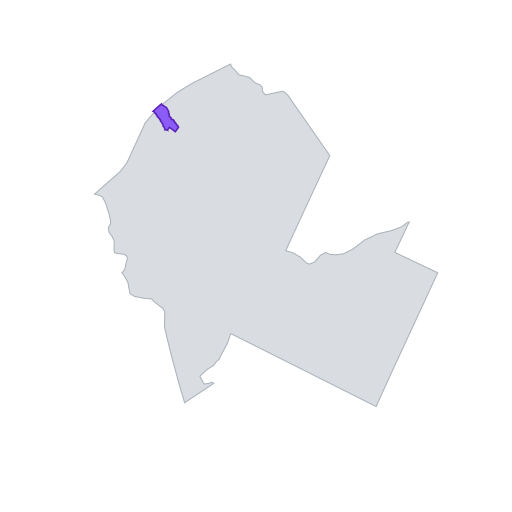 location of Nueva Concepción, Escuintla, Guatemala, rotated 115°
{"feature_id": "79465075B35747325654374", "entity_name": "Nueva Concepción", "entity_type": "district", "adm_level": 2, "iso_a3": "GTM", "parent_name": "Guatemala", "parent_adm1": "Escuintla", "projection": "albers", "projection_center": [-91.282, 14.129], "detail": "fine", "context": "in_parent", "style": "filled", "palette": "violet", "viewbox_px": 512, "rotation_deg": 115, "n_neighbors": 0, "source": "geoboundaries", "source_scale": "gbopen_adm2", "svg_char_len": 5051}
<svg xmlns="http://www.w3.org/2000/svg" viewBox="0 0 512 512"><g transform="rotate(115 256 256)"><path d="M92.8,360.2L94.9,358.0L96.7,353.1L99.0,347.9L97.7,342.0L96.9,337.2L99.4,330.2L99.2,324.9L100.4,321.7L104.1,319.6L106.1,315.6L95.5,301.7L95.6,298.6L97.0,294.7L105.6,280.0L115.8,262.5L127.1,243.1L133.8,231.5L158.4,231.5L174.7,231.5L195.3,231.5L217.8,231.4L232.5,231.4L238.6,231.2L237.5,223.6L238.3,215.3L240.9,207.7L240.9,204.3L236.5,200.2L228.0,197.9L223.3,194.3L223.3,189.7L221.2,184.1L217.0,177.6L208.5,171.0L195.5,164.2L184.5,155.1L175.4,143.6L167.7,136.2L161.8,133.1L160.4,131.5L177.7,131.6L194.1,131.7L194.2,115.3L194.3,100.7L194.4,84.2L224.0,84.1L259.3,84.0L296.0,83.9L324.8,83.7L341.7,83.5L341.1,104.0L340.4,127.7L339.9,145.2L339.2,168.4L338.5,192.2L337.6,224.7L337.0,245.7L337.4,246.1L347.1,245.0L361.4,245.8L364.9,245.7L369.3,247.5L372.7,248.0L380.1,252.7L388.7,256.1L394.0,248.9L391.1,244.6L388.9,242.4L389.2,240.4L419.2,258.7L415.7,261.7L408.2,268.4L394.6,280.0L382.4,290.3L370.7,299.7L360.1,308.1L358.8,309.0L345.3,315.0L343.1,317.8L340.3,329.6L339.0,332.5L341.5,339.0L344.0,349.1L343.3,354.4L334.0,361.0L329.7,366.9L327.8,370.6L326.1,369.7L323.2,369.4L316.5,370.9L313.3,371.3L310.6,373.0L310.3,376.6L312.2,382.5L312.8,385.5L311.0,387.0L302.7,390.6L299.5,394.1L296.4,399.5L292.7,401.8L289.0,401.4L286.3,402.2L280.6,406.4L272.0,414.3L267.3,420.2L267.3,424.5L268.2,428.5L236.6,414.7L226.1,412.4L181.9,412.7L162.9,407.3L141.3,396.7L126.8,387.1L92.8,360.2Z" fill="#d9dde1" stroke="#a8b0b8" stroke-width="1"/><path d="M179.6,392.2L179.8,392.0L179.7,392.0L179.7,391.9L179.7,391.7L179.8,391.7L179.7,391.5L179.6,391.4L179.5,391.1L179.6,390.8L179.6,390.7L179.5,390.4L179.5,390.2L179.6,389.9L179.5,389.7L179.4,389.6L179.4,389.4L179.3,389.5L179.2,389.5L179.2,389.4L178.4,389.3L177.7,389.2L177.4,389.1L176.1,388.9L176.0,388.7L176.1,388.4L176.2,387.6L176.6,385.7L176.8,384.9L176.9,384.4L177.0,383.9L177.3,382.6L177.3,382.2L177.5,381.9L177.5,381.6L174.6,381.1L173.8,381.0L173.8,380.9L172.0,380.6L171.9,380.9L171.7,381.1L171.6,381.3L171.4,381.4L171.3,381.5L171.2,381.7L171.2,381.9L171.2,382.1L170.9,382.2L170.8,382.4L170.6,383.1L170.8,383.3L170.7,383.5L170.2,383.8L170.1,384.2L169.8,384.4L169.5,384.9L169.4,385.0L169.4,385.3L169.5,385.6L169.6,385.9L169.4,386.0L169.2,386.1L168.8,386.2L168.7,386.3L168.7,386.5L168.8,386.6L168.5,386.9L168.5,387.0L168.6,387.4L168.5,387.5L168.1,387.6L167.9,387.6L167.8,387.9L167.6,388.0L167.6,388.3L167.5,388.6L167.5,388.9L167.7,389.0L167.8,389.3L168.0,389.6L168.0,389.8L167.7,390.2L167.7,390.3L167.8,390.5L167.7,390.6L167.6,390.9L167.3,391.0L167.2,390.9L167.1,391.0L166.9,391.0L166.8,391.3L166.7,391.3L166.5,391.6L166.4,391.9L166.4,392.0L166.3,392.3L166.3,392.6L166.2,392.8L166.1,393.2L166.1,393.3L166.1,393.5L166.1,393.8L165.7,394.0L165.1,394.1L164.7,394.1L164.4,394.4L164.2,394.6L163.8,394.8L163.7,394.9L163.8,395.1L163.7,395.1L163.5,395.4L163.3,395.6L163.2,395.8L162.9,396.0L162.5,396.0L162.2,396.2L161.9,396.2L161.4,396.9L161.1,397.3L160.8,397.7L160.6,398.0L160.4,398.3L160.3,398.5L159.9,399.0L159.5,399.5L159.3,399.9L159.2,400.0L159.2,402.1L159.1,402.3L159.0,402.5L159.0,402.9L158.9,403.1L158.9,403.3L158.7,403.4L158.7,403.9L158.8,404.6L159.0,404.9L159.0,405.1L158.9,405.2L158.7,405.4L158.2,405.8L158.1,406.0L158.4,406.1L158.5,406.2L158.8,406.3L159.0,406.4L159.4,406.6L159.6,406.7L159.7,406.8L159.8,406.8L160.0,406.9L160.3,407.0L161.3,407.4L161.9,407.7L162.6,408.1L163.5,408.4L163.7,408.5L163.9,408.7L164.1,408.7L164.3,408.8L164.5,408.9L164.9,409.0L165.1,409.1L165.5,409.3L166.5,409.7L166.9,409.9L167.1,409.9L167.2,410.0L167.3,410.0L167.6,410.2L167.9,410.3L168.2,410.4L168.4,410.5L168.4,410.4L168.3,410.2L168.2,410.1L168.1,409.9L168.1,409.7L168.2,409.3L168.3,409.1L168.6,408.9L168.6,408.7L168.8,408.4L169.0,408.4L169.1,408.5L169.2,408.4L169.1,408.1L169.1,407.9L169.2,407.7L169.2,407.3L169.2,407.2L169.4,407.0L169.5,406.8L169.5,406.6L169.8,406.6L170.0,406.5L170.0,406.4L169.9,406.3L169.9,406.2L170.0,406.1L170.2,405.9L170.1,405.7L170.3,405.5L170.5,405.6L170.6,405.4L170.6,405.2L170.7,404.9L170.8,404.6L171.0,404.4L171.3,404.2L171.5,404.2L171.5,403.9L171.4,403.8L171.3,403.7L171.4,403.4L171.5,403.3L171.6,403.2L171.8,403.2L171.9,402.9L171.9,402.7L171.9,402.4L171.9,402.2L172.0,402.2L172.2,401.9L172.3,401.8L172.4,401.7L172.3,401.4L172.5,401.3L172.6,401.2L172.8,401.2L172.9,400.9L172.9,400.7L172.7,400.5L172.7,400.4L172.8,400.2L173.0,400.2L173.3,400.1L173.3,399.9L173.4,399.7L173.5,399.7L173.7,399.8L173.8,399.8L173.8,399.7L174.0,399.6L174.0,399.4L174.2,399.1L174.3,399.0L174.4,398.9L174.4,398.7L174.5,398.5L174.6,398.4L174.8,398.2L175.0,397.8L175.0,397.7L175.0,397.4L175.1,397.2L175.3,397.1L175.5,397.1L175.7,396.9L175.7,396.7L175.7,396.4L175.8,396.3L175.8,396.2L176.0,395.9L176.2,395.6L176.3,395.5L176.5,395.5L176.6,395.4L176.8,395.4L177.0,395.4L177.3,395.3L177.4,395.2L177.5,395.2L177.7,394.7L177.8,394.6L177.8,394.3L177.9,394.1L178.0,394.0L178.0,393.8L178.1,393.7L178.3,393.4L178.6,393.2L178.8,393.0L179.0,392.8L179.3,392.5L179.5,392.4L179.6,392.2Z" fill="#8b5cf6" stroke="#5b21b6" stroke-width="1.5"/></g></svg>